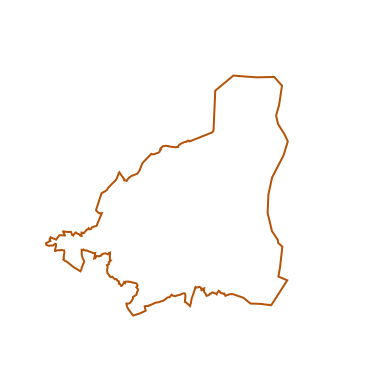 Orumba North, Anambra, Nigeria, rotated 20°
{"feature_id": "59680162B54356159238049", "entity_name": "Orumba North", "entity_type": "district", "adm_level": 2, "iso_a3": "NGA", "parent_name": "Nigeria", "parent_adm1": "Anambra", "projection": "natural_earth1", "projection_center": [7.117, 6.122], "detail": "fine", "context": "isolated", "style": "outline", "palette": "amber", "viewbox_px": 384, "rotation_deg": 20, "n_neighbors": 0, "source": "geoboundaries", "source_scale": "gbopen_adm2", "svg_char_len": 6002}
<svg xmlns="http://www.w3.org/2000/svg" viewBox="0 0 384 384"><g transform="rotate(20 192 192)"><path d="M191.1,68.4L179.2,88.8L191.2,126.9L190.6,129.1L172.4,145.3L170.8,145.0L169.9,146.0L169.7,146.7L169.2,146.9L167.7,147.7L164.6,150.9L164.5,151.4L164.1,151.7L163.6,152.5L163.4,153.7L163.6,154.4L162.1,155.0L161.4,155.6L159.8,155.9L158.0,156.4L156.3,156.7L155.0,157.1L154.0,156.9L153.7,157.1L153.2,157.1L151.9,157.4L150.7,158.1L150.3,158.3L150.1,158.4L149.7,158.5L149.2,158.8L148.9,159.0L148.7,159.4L148.4,160.1L148.2,160.6L148.0,160.9L147.7,161.4L147.5,162.4L148.3,162.8L148.1,163.1L147.9,163.5L147.7,163.7L147.6,164.2L147.8,164.5L147.8,165.1L147.6,165.6L147.0,166.4L146.7,166.8L146.0,167.4L145.4,167.8L144.8,168.3L144.0,169.1L143.6,169.4L143.0,169.6L142.5,169.8L141.7,170.2L141.4,170.2L141.0,170.0L140.5,170.3L140.3,171.2L139.5,173.0L136.6,179.3L135.6,181.7L135.4,186.0L135.3,189.8L134.4,193.4L130.4,197.0L129.6,197.7L128.6,199.2L127.9,200.3L127.2,202.0L126.8,203.9L125.9,203.9L124.7,204.1L124.3,204.2L124.1,203.9L124.2,203.6L124.1,203.2L119.2,200.0L117.0,198.3L116.7,199.3L116.7,204.9L116.1,207.5L114.2,211.3L111.7,216.9L111.3,219.3L109.8,221.4L107.4,224.1L108.0,241.9L110.2,243.2L112.2,243.8L114.5,242.7L113.9,256.5L111.0,258.6L110.0,259.6L110.0,259.9L109.9,260.5L109.8,261.1L109.5,261.6L109.3,261.6L109.0,261.7L108.6,262.0L108.3,261.9L108.1,261.8L107.4,261.5L107.2,261.4L107.0,262.2L106.9,262.8L106.6,263.0L106.2,263.2L106.0,263.5L105.8,263.7L105.7,263.9L105.6,264.4L105.6,264.6L105.6,264.8L105.4,265.0L105.2,265.6L104.9,266.2L104.7,266.9L104.6,267.3L104.1,267.8L103.5,267.7L103.2,267.7L102.0,267.9L102.5,269.4L103.3,271.0L102.6,271.1L102.0,271.2L101.8,271.1L101.0,270.7L100.3,270.3L100.0,270.3L99.2,270.3L98.4,270.4L97.9,270.1L96.6,269.7L96.2,270.5L95.8,271.6L95.6,272.1L95.3,273.4L94.9,273.1L94.1,273.3L93.1,272.2L92.5,271.5L91.9,270.9L91.7,271.1L91.3,271.1L90.0,271.6L89.6,271.9L88.3,272.1L87.4,272.5L86.0,272.8L85.3,272.7L84.7,272.8L84.4,273.4L86.9,275.6L87.4,276.3L86.1,276.7L83.4,277.5L82.4,277.9L82.1,278.2L80.6,283.2L75.3,283.0L75.0,282.9L74.6,282.9L74.4,284.5L74.7,284.8L74.8,284.9L74.6,285.7L74.8,286.0L75.6,286.5L74.5,287.6L73.4,288.9L72.3,290.1L72.6,290.7L73.5,291.6L75.2,291.6L75.9,291.5L76.4,291.3L76.7,290.9L77.9,290.5L79.6,289.9L79.9,289.4L80.7,287.9L81.3,287.4L82.2,287.6L82.6,289.1L82.8,290.5L83.0,292.7L83.5,294.2L84.5,293.7L85.0,293.1L86.0,292.5L86.7,292.4L87.4,292.2L87.9,291.8L88.4,291.4L89.1,291.1L90.2,290.9L91.8,290.7L92.1,291.1L92.4,291.4L92.9,292.9L93.1,294.2L93.4,295.7L93.5,296.1L93.5,296.8L93.9,297.5L94.4,297.9L94.1,299.5L95.5,299.9L98.0,300.3L98.8,300.5L100.6,301.1L106.6,303.2L109.2,303.6L114.2,304.7L114.3,303.9L114.5,303.0L114.5,302.0L114.2,300.9L114.2,300.3L114.4,298.7L114.3,297.1L114.6,294.4L114.0,293.6L113.1,292.7L111.5,291.1L109.7,288.4L108.1,284.0L109.5,283.8L109.7,283.2L110.7,283.5L111.1,283.4L111.9,283.5L112.3,283.4L112.7,283.0L114.2,283.0L115.8,283.1L119.0,283.1L119.8,283.3L121.3,282.8L121.9,282.5L121.9,283.1L122.3,283.9L122.8,288.0L123.7,287.4L124.0,285.9L124.0,285.1L124.2,284.8L124.7,284.8L125.2,284.4L126.5,284.4L127.1,283.6L127.5,283.6L128.5,282.7L128.3,281.8L130.1,280.1L131.6,279.2L134.2,279.4L134.8,277.8L135.7,277.0L136.2,278.7L138.0,283.9L138.4,284.1L138.7,284.1L139.1,284.1L138.8,284.8L138.8,285.1L138.7,285.3L138.4,285.4L138.2,285.8L138.2,286.1L137.8,286.4L137.9,286.6L138.1,287.4L138.3,287.7L138.6,288.1L138.7,288.3L137.0,289.8L137.2,290.1L137.9,290.4L138.0,290.7L138.6,291.9L138.6,292.8L138.7,293.6L139.0,294.7L139.6,295.7L140.1,296.9L141.8,298.0L143.0,298.8L143.5,299.6L144.4,299.4L145.1,299.7L146.1,298.9L147.5,299.6L149.3,300.4L150.2,299.7L151.5,300.1L152.0,300.8L153.8,300.9L154.2,302.1L154.6,303.0L155.1,302.6L155.8,303.2L156.7,303.9L157.5,304.5L157.8,304.5L158.3,303.8L158.7,302.5L158.8,302.0L158.9,301.6L159.1,301.2L159.1,299.9L159.3,300.0L160.1,300.4L160.0,299.4L160.7,298.7L161.5,298.5L162.2,298.2L162.5,298.0L162.9,298.1L163.3,297.9L163.6,298.0L164.5,297.5L165.9,297.4L167.3,297.5L168.0,297.2L171.0,296.9L172.9,298.5L172.8,298.9L172.7,299.4L172.2,300.5L173.0,300.9L173.8,301.5L174.3,301.7L174.8,302.5L174.9,302.9L174.9,303.4L174.5,305.1L174.8,305.8L174.8,306.1L174.7,306.5L175.0,307.5L173.8,309.0L172.4,310.9L172.7,311.9L173.0,312.6L172.8,313.4L172.6,314.1L172.5,315.2L171.7,317.3L170.8,318.3L169.8,319.0L168.8,319.0L168.5,319.2L169.0,320.3L169.6,321.1L170.5,322.2L171.7,323.4L173.2,324.5L175.4,325.9L177.3,327.2L178.4,327.9L179.0,328.2L185.0,323.5L189.0,319.4L188.2,317.9L187.5,317.2L187.1,316.5L186.6,315.6L188.5,314.5L189.3,314.3L190.2,314.0L190.2,313.7L190.5,313.1L191.2,313.0L191.7,312.2L193.8,310.3L195.6,308.5L198.5,306.9L200.5,305.2L202.1,304.1L204.2,301.1L205.0,299.6L207.1,298.3L207.9,295.5L210.0,296.0L211.9,295.6L213.4,294.3L215.6,292.9L217.5,291.1L218.6,290.2L219.3,289.8L220.3,290.0L221.3,291.7L222.9,297.7L224.3,297.8L229.1,299.9L229.0,297.3L228.3,293.3L228.1,291.9L228.1,285.9L227.9,285.0L228.0,284.2L228.0,282.5L227.8,281.6L227.8,280.3L227.8,280.0L228.7,280.2L229.1,280.3L229.9,279.7L230.3,279.3L230.7,279.2L231.3,278.6L231.9,278.8L232.4,278.7L233.0,278.9L234.5,281.1L234.9,280.8L234.7,280.2L235.2,279.3L235.8,278.8L236.4,278.3L236.9,280.2L237.0,281.0L238.0,282.0L239.6,283.0L240.7,284.1L241.2,284.6L242.0,284.0L242.6,283.5L243.5,282.4L243.7,281.9L243.6,281.5L244.0,281.2L244.4,280.9L244.8,280.6L245.4,279.4L245.9,279.4L246.5,279.2L247.6,279.4L249.2,279.2L249.6,279.5L250.1,279.7L250.1,279.0L250.5,277.4L250.6,277.0L250.9,275.7L251.5,275.9L252.2,276.0L252.3,276.2L252.7,276.4L252.9,276.6L253.2,276.9L253.7,277.0L253.9,277.1L254.5,277.0L255.1,276.9L255.7,276.6L256.5,276.8L256.6,277.0L256.8,277.0L257.2,276.5L258.9,278.1L262.5,275.1L263.3,274.8L265.4,274.0L276.4,273.8L285.1,276.8L294.3,273.8L305.2,271.3L311.7,242.4L302.1,241.9L300.4,232.3L295.6,212.5L290.5,210.4L289.2,207.8L280.5,201.4L270.2,185.8L264.7,168.4L262.3,151.0L265.5,126.3L264.7,111.6L259.1,106.1L249.7,98.8L244.9,91.5L244.1,80.5L240.2,61.3L229.9,55.8L213.3,62.2L202.2,65.4L191.1,68.4Z" fill="none" stroke="#b45309" stroke-width="2"/></g></svg>